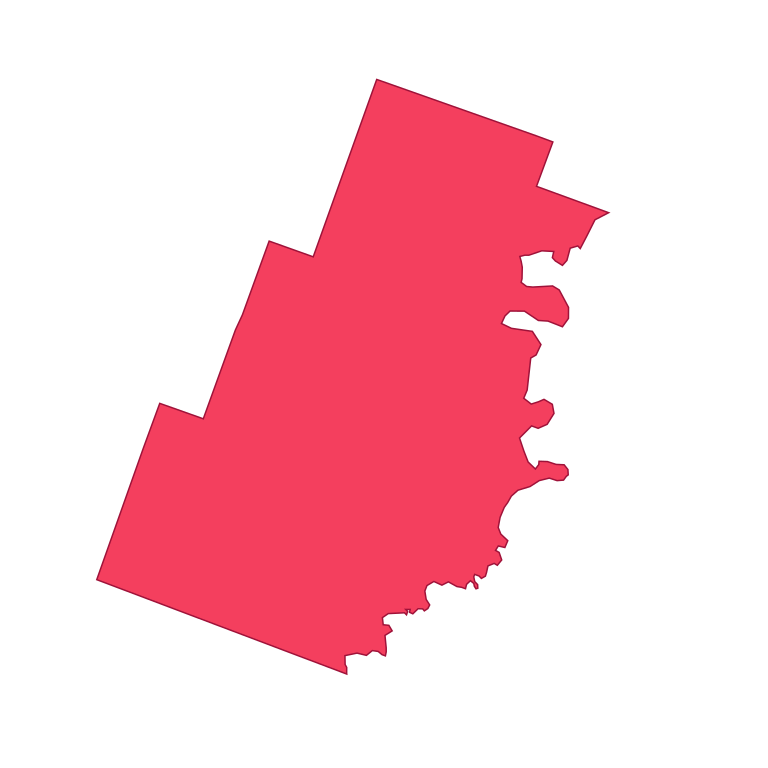 outline of Hale, Alabama, United States of America, rotated 200°
{"feature_id": "52423323B74369514091215", "entity_name": "Hale", "entity_type": "district", "adm_level": 2, "iso_a3": "USA", "parent_name": "United States of America", "parent_adm1": "Alabama", "projection": "albers", "projection_center": [-87.768, 32.744], "detail": "fine", "context": "isolated", "style": "filled", "palette": "rose", "viewbox_px": 768, "rotation_deg": 200, "n_neighbors": 0, "source": "geoboundaries", "source_scale": "gbopen_adm2", "svg_char_len": 1944}
<svg xmlns="http://www.w3.org/2000/svg" viewBox="0 0 768 768"><g transform="rotate(200 384 384)"><path d="M319.8,98.7L320.3,99.8L322.1,104.9L324.6,107.1L327.8,115.4L317.3,121.9L307.7,123.0L303.8,129.5L298.0,130.7L293.3,129.0L289.7,129.0L290.3,133.0L291.7,136.8L297.1,148.1L291.9,154.8L296.9,158.9L302.4,157.5L305.6,163.9L301.5,169.7L286.5,176.0L283.9,174.8L284.0,178.4L286.5,179.6L282.3,181.1L281.9,178.2L278.3,177.9L275.1,184.5L270.7,185.9L268.5,184.6L266.0,188.0L265.5,192.0L270.7,196.0L274.8,203.4L274.7,209.3L269.6,215.5L260.8,214.8L255.8,220.1L246.2,218.6L241.5,219.5L237.4,219.5L237.9,224.0L235.5,228.7L231.4,227.3L229.9,224.8L227.5,223.0L226.0,224.2L227.4,227.5L231.2,229.4L233.7,233.5L233.7,236.1L229.0,236.1L226.0,234.6L223.0,238.1L223.2,242.0L224.1,248.6L219.1,253.1L215.5,252.4L213.2,258.9L218.2,265.1L222.3,265.8L221.2,270.9L214.5,271.7L214.1,279.1L222.9,282.9L227.6,288.2L229.3,298.4L228.8,309.2L227.2,315.0L226.0,322.2L221.8,330.0L211.7,337.6L205.1,346.3L196.5,352.1L188.3,352.4L182.4,355.1L181.1,359.6L179.8,361.6L181.9,366.5L187.1,369.7L194.8,367.3L203.9,367.0L211.9,364.4L211.0,361.2L212.7,355.9L221.9,360.0L229.6,368.8L238.2,379.6L231.0,395.1L224.0,395.1L216.9,401.9L214.2,414.5L218.9,422.5L228.4,424.3L232.8,420.1L238.8,415.5L247.8,418.4L247.4,427.3L255.0,458.6L251.0,463.3L250.0,474.7L262.6,484.2L283.3,479.9L294.3,481.0L293.6,489.3L290.5,495.7L276.9,500.5L260.7,496.5L251.4,499.2L242.4,499.0L235.9,498.8L233.1,508.7L236.8,519.1L251.5,532.3L259.1,533.8L277.3,526.0L283.3,524.4L289.9,526.4L290.3,530.1L294.0,541.0L297.0,546.1L300.0,550.3L295.7,553.2L291.9,554.6L281.3,563.1L269.8,566.6L269.0,560.3L265.0,558.2L256.9,556.5L254.4,562.7L255.5,575.3L249.1,580.0L245.9,578.4L244.0,592.7L241.9,610.5L231.5,621.8L308.3,621.9L308.1,669.2L324.8,669.3L495.0,667.7L494.0,479.3L540.8,479.0L540.7,400.6L542.1,384.0L541.9,289.5L588.1,289.1L588.2,241.7L587.0,101.9L319.8,98.7Z" fill="#f43f5e" stroke="#9f1239" stroke-width="1.5"/></g></svg>